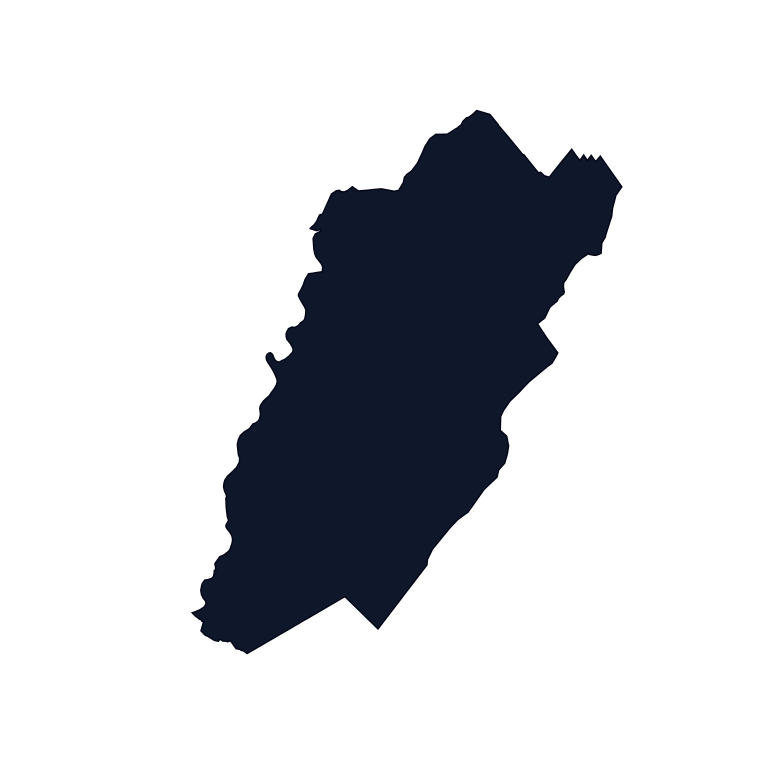 the district of Atoyatempan, Puebla, Mexico, rotated 32°
{"feature_id": "50627088B54024314653329", "entity_name": "Atoyatempan", "entity_type": "district", "adm_level": 2, "iso_a3": "MEX", "parent_name": "Mexico", "parent_adm1": "Puebla", "projection": "mercator", "projection_center": [-97.911, 18.804], "detail": "fine", "context": "isolated", "style": "filled", "palette": "ink", "viewbox_px": 768, "rotation_deg": 32, "n_neighbors": 0, "source": "geoboundaries", "source_scale": "gbopen_adm2", "svg_char_len": 5202}
<svg xmlns="http://www.w3.org/2000/svg" viewBox="0 0 768 768"><g transform="rotate(32 384 384)"><path d="M410.7,685.1L425.6,656.9L428.1,652.1L429.7,649.1L431.9,645.0L434.6,639.9L437.0,635.2L438.3,632.8L439.9,629.7L441.6,626.4L442.7,624.5L443.6,622.8L444.5,621.1L447.1,616.1L447.6,615.2L449.2,612.1L451.8,607.2L452.2,606.4L455.2,600.7L459.7,592.1L463.5,585.0L475.1,587.5L486.1,589.9L493.3,591.5L494.0,591.7L496.9,592.3L500.7,593.1L505.6,594.2L508.7,594.9L509.3,588.0L509.9,581.9L510.0,581.1L510.2,578.7L510.4,577.0L510.8,572.3L511.2,568.4L511.4,565.6L511.7,563.3L511.9,561.1L512.2,557.8L512.8,551.1L513.5,543.7L513.8,540.9L515.0,527.9L515.1,527.1L516.3,514.8L513.8,509.7L513.1,503.1L512.6,498.1L513.1,494.8L513.3,492.9L513.9,488.4L514.7,482.0L516.2,470.7L518.4,459.7L518.7,459.2L521.7,451.5L522.2,450.4L523.2,447.8L523.2,446.9L523.5,442.3L523.8,436.8L524.2,429.5L524.4,425.9L524.7,420.6L525.3,418.1L526.3,414.2L528.3,406.6L529.2,403.1L527.5,398.2L527.0,396.5L526.8,396.0L528.3,387.2L525.5,377.6L522.4,370.4L522.0,370.0L519.8,367.7L516.1,363.7L515.6,363.2L509.9,362.2L507.1,361.7L506.2,360.1L501.0,351.2L500.2,349.9L499.8,347.3L499.5,344.4L499.3,342.9L499.9,331.8L500.4,329.6L502.8,320.0L503.3,317.7L503.7,315.3L505.7,305.6L505.8,305.2L507.4,300.4L510.6,290.6L513.2,282.8L513.7,281.6L515.4,277.3L515.3,270.7L514.9,265.5L514.6,265.4L504.0,261.2L497.2,258.5L494.8,257.4L482.2,251.6L484.1,246.2L485.3,242.9L484.5,235.8L484.0,231.7L484.4,229.4L484.5,229.0L486.9,222.0L486.7,220.4L486.5,219.4L487.1,216.0L488.6,212.3L488.3,211.3L488.1,210.5L484.6,206.5L483.0,203.5L482.6,202.9L483.0,199.9L483.0,198.4L482.6,190.9L482.6,190.3L482.6,181.3L482.7,181.0L484.8,173.0L484.9,172.7L488.4,164.9L489.4,165.3L493.9,163.5L495.4,162.7L497.5,160.2L498.8,158.0L494.0,149.1L493.8,142.7L493.7,141.5L493.2,141.0L492.2,137.0L489.1,124.9L488.5,122.3L488.1,120.9L484.7,113.9L480.6,100.9L480.7,100.0L481.2,90.8L470.6,86.3L465.3,84.1L464.7,83.8L459.9,81.8L459.2,81.5L452.6,78.7L451.6,78.3L446.7,76.2L445.7,83.0L445.6,83.3L438.6,80.3L438.0,86.7L432.0,84.0L431.7,90.6L425.6,88.4L418.8,85.5L418.0,92.2L417.0,99.8L415.7,111.1L415.2,115.1L414.8,119.3L414.7,121.0L409.5,122.5L406.0,121.7L404.6,121.5L403.1,123.1L393.4,119.8L381.0,115.4L380.7,115.9L380.6,116.1L357.8,108.4L343.4,103.9L343.4,103.5L342.1,103.2L341.3,102.8L331.0,99.3L317.7,103.0L316.4,108.1L315.3,111.0L314.4,113.1L313.0,114.4L312.1,118.0L312.0,118.3L311.7,119.6L312.2,123.1L311.2,125.7L311.0,126.2L310.5,128.1L308.9,131.0L308.4,132.2L307.5,134.2L305.2,138.8L303.4,139.9L295.6,144.9L294.2,148.6L293.0,151.4L292.9,158.8L292.9,160.8L293.9,166.9L294.3,170.1L295.4,179.1L294.5,189.0L292.4,193.9L291.8,197.8L293.6,202.8L293.7,203.3L293.8,209.2L293.9,212.0L290.6,215.1L278.4,219.9L271.3,225.2L267.1,228.6L260.0,233.9L252.6,233.5L250.8,238.8L249.8,240.3L248.6,242.1L246.0,243.6L243.5,243.4L241.1,245.5L238.8,250.7L239.6,256.4L241.8,272.4L239.8,274.9L240.7,281.9L240.4,286.3L239.3,289.4L239.1,291.3L245.5,289.7L248.4,286.5L249.5,287.5L246.2,293.4L246.8,298.1L252.7,306.3L256.0,310.0L259.1,312.3L266.5,315.0L267.3,315.4L269.9,317.1L272.2,321.5L267.2,325.7L265.2,327.6L263.3,329.1L261.6,330.5L261.7,337.0L263.1,343.0L263.6,348.0L263.8,351.9L264.0,353.3L264.8,354.5L267.3,356.2L272.0,358.7L275.9,360.7L278.6,362.6L280.8,366.8L282.5,371.2L282.1,373.5L280.8,376.4L280.6,379.3L279.8,380.9L278.5,383.3L275.7,384.5L275.1,385.6L273.7,387.6L273.9,391.1L274.2,392.9L275.9,395.6L278.2,397.7L280.0,398.2L283.4,399.4L287.9,402.0L289.5,404.2L289.4,406.8L288.6,410.7L288.0,412.5L287.1,415.2L285.3,417.9L283.6,420.8L281.8,421.8L280.1,421.6L278.0,421.1L275.9,419.6L274.5,418.4L272.7,417.7L271.2,417.7L270.4,418.3L269.8,419.0L269.2,420.9L269.5,422.9L270.5,424.6L271.7,425.8L274.8,427.6L278.8,429.3L283.0,431.5L287.2,434.1L290.2,436.2L292.0,438.1L293.2,441.3L293.4,444.0L293.4,447.1L293.0,451.3L293.0,454.8L292.0,457.8L290.8,462.5L290.6,467.7L291.5,470.3L293.0,472.3L295.1,474.8L295.9,476.6L296.6,478.6L297.0,480.7L296.9,482.0L296.4,483.6L295.8,485.2L295.1,486.0L294.1,487.2L293.8,489.7L293.7,492.7L292.9,494.7L290.7,499.1L289.5,503.6L289.9,508.0L291.5,512.7L293.9,515.9L297.9,521.0L301.0,523.4L302.8,527.0L303.2,533.1L301.6,540.0L300.1,545.2L300.0,549.6L300.7,552.4L302.3,556.0L305.3,559.1L309.0,561.6L310.3,563.2L310.5,564.7L311.4,566.0L315.3,571.8L318.5,575.9L321.2,579.2L323.0,580.9L324.4,581.8L324.6,584.3L324.7,587.1L325.6,588.8L327.6,589.9L330.4,590.9L333.7,592.2L336.4,594.2L338.2,596.4L339.5,599.4L341.0,605.7L340.9,608.2L340.0,610.6L339.0,613.5L337.8,615.4L336.2,617.5L336.0,622.2L335.8,626.0L338.1,628.4L339.6,630.6L339.0,632.3L339.7,633.5L340.4,634.9L341.4,637.5L341.0,639.9L339.7,641.7L338.1,643.4L335.9,645.3L335.6,649.2L336.2,651.5L337.9,655.9L340.8,659.3L344.4,661.5L347.4,662.5L349.0,663.8L349.6,665.4L349.7,668.0L349.2,669.4L347.5,673.1L344.6,677.2L342.6,679.7L347.6,680.8L349.6,680.9L352.2,681.2L353.9,680.8L355.5,681.7L357.0,681.2L359.6,690.3L361.2,690.7L362.1,690.9L363.4,691.3L366.2,691.8L367.9,691.3L376.0,691.3L376.4,691.2L379.9,689.9L379.8,688.6L380.8,687.2L382.2,687.3L383.3,687.5L384.5,686.8L386.7,685.7L387.9,685.5L388.6,684.7L389.9,683.1L398.8,686.8L402.2,685.5L404.7,685.4L405.7,684.8L407.2,684.8L410.7,685.1Z" fill="#0f172a" stroke="#020617" stroke-width="1.5"/></g></svg>